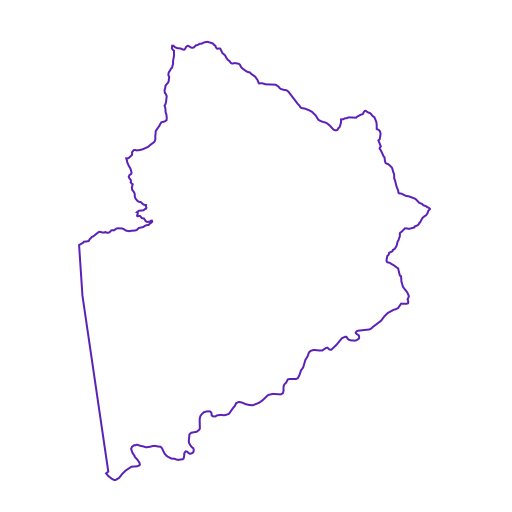 outline of Pangkhar, Shemgang, Bhutan, rotated 87°
{"feature_id": "84629894B98879002213822", "entity_name": "Pangkhar", "entity_type": "district", "adm_level": 2, "iso_a3": "BTN", "parent_name": "Bhutan", "parent_adm1": "Shemgang", "projection": "mercator", "projection_center": [90.778, 26.9], "detail": "fine", "context": "isolated", "style": "outline", "palette": "violet", "viewbox_px": 512, "rotation_deg": 87, "n_neighbors": 0, "source": "geoboundaries", "source_scale": "gbopen_adm2", "svg_char_len": 6047}
<svg xmlns="http://www.w3.org/2000/svg" viewBox="0 0 512 512"><g transform="rotate(87 256 256)"><path d="M311.2,106.7L310.3,106.4L309.0,106.4L307.2,106.9L305.2,105.8L304.2,105.5L303.0,105.7L302.4,106.1L300.5,106.7L294.8,110.7L293.8,111.0L289.2,112.1L284.1,112.2L283.5,112.5L283.2,113.2L282.0,113.6L275.9,114.7L272.0,119.5L271.6,120.4L269.8,122.8L269.2,125.0L268.7,125.6L267.9,125.9L266.6,125.8L263.7,125.1L262.8,124.8L261.6,123.4L259.7,122.8L258.4,119.5L257.1,119.0L256.7,118.0L255.8,116.8L253.0,115.0L248.9,113.8L247.9,113.0L243.7,111.3L241.2,111.2L240.3,110.8L239.3,109.2L236.2,105.8L236.3,104.2L236.9,101.7L235.8,96.4L234.9,96.1L233.8,93.0L232.3,91.4L231.4,91.1L231.3,90.6L226.9,87.9L225.4,86.1L224.2,84.0L223.6,83.5L222.3,82.5L220.0,81.6L218.3,79.9L217.8,79.9L216.6,81.4L216.2,82.6L215.4,83.2L214.0,86.4L212.8,87.3L211.4,90.2L207.3,93.8L204.5,100.0L203.8,103.2L201.3,107.6L200.9,109.9L200.3,110.4L198.2,110.6L194.0,112.0L187.4,113.3L185.9,113.9L181.4,113.8L179.2,114.6L175.9,115.3L174.7,115.8L172.7,117.5L171.1,119.3L170.6,120.8L169.8,121.8L167.5,122.3L164.2,122.5L163.3,123.3L157.0,125.8L155.4,126.9L154.3,126.7L153.2,125.6L147.0,127.7L145.8,126.3L140.5,125.2L138.2,125.6L137.5,126.0L136.5,126.9L135.5,128.8L131.0,128.6L128.5,128.8L123.6,130.5L123.0,131.5L121.3,133.0L120.1,133.7L119.1,134.9L118.7,136.3L116.7,139.0L116.8,139.6L117.5,140.5L119.9,142.0L120.3,143.7L122.1,147.6L123.1,148.8L122.4,156.4L123.1,158.2L123.3,160.4L124.1,161.9L124.0,163.9L126.9,164.1L130.9,165.4L131.8,165.9L132.6,167.0L134.2,168.0L134.6,168.7L134.7,169.9L134.2,171.4L133.7,172.1L129.5,175.6L127.3,178.0L126.5,179.4L125.1,183.4L123.9,185.6L123.1,186.7L118.8,189.0L114.9,192.6L113.6,194.7L111.4,199.3L110.6,202.9L109.6,204.0L108.1,204.7L106.9,205.9L93.8,214.9L92.6,216.1L92.0,217.1L91.7,219.0L90.5,222.5L89.6,223.6L88.4,224.3L86.2,227.0L85.9,228.1L85.0,237.7L84.0,240.1L83.7,242.6L83.9,243.8L83.1,244.4L80.7,245.1L76.9,247.4L73.9,251.2L72.3,252.6L71.9,254.4L71.0,256.0L68.0,259.8L66.7,260.9L64.2,262.0L63.1,263.2L62.2,267.2L62.6,269.2L62.4,270.2L61.7,271.2L60.2,272.0L58.6,273.9L57.0,275.0L54.0,276.4L51.5,279.0L47.1,280.8L46.8,281.9L47.0,283.6L46.8,284.2L45.4,285.2L43.9,285.6L42.7,287.1L42.0,287.4L41.5,288.1L39.6,293.0L39.7,294.9L40.2,297.3L41.1,299.1L41.1,301.1L42.3,303.4L42.5,304.9L44.4,307.1L44.7,308.1L44.6,309.6L42.8,312.3L42.5,313.4L43.5,314.8L45.7,316.2L46.2,316.9L46.1,317.8L44.8,320.5L44.3,323.9L43.2,326.0L41.6,327.6L41.6,328.7L44.3,329.1L46.2,327.9L46.6,327.2L51.2,327.3L57.3,328.7L59.5,328.7L63.5,330.0L64.6,331.2L66.1,332.0L68.0,333.5L70.6,334.1L72.5,333.3L77.0,334.1L78.3,334.8L81.0,337.4L83.6,337.9L85.7,338.7L88.5,338.5L88.9,337.9L91.7,336.8L97.7,337.8L99.9,338.6L100.9,339.4L104.5,338.7L106.9,338.8L109.0,338.5L109.7,338.1L113.4,337.9L115.6,338.2L116.8,339.9L117.5,343.5L119.8,345.1L120.7,345.5L125.8,349.5L131.1,350.3L133.9,350.4L136.1,351.1L137.1,352.0L139.0,355.0L141.4,358.1L143.6,363.9L144.2,367.2L144.3,369.8L143.8,370.9L143.9,372.6L145.8,374.3L148.5,374.5L149.0,375.0L151.3,377.8L151.7,378.6L151.7,380.5L153.7,379.9L155.6,379.7L159.1,378.4L162.2,376.8L166.0,375.9L167.5,376.3L168.6,378.1L170.0,378.9L171.0,378.8L173.7,377.0L175.0,377.0L175.9,377.3L177.2,376.3L177.9,375.4L180.7,376.3L182.4,376.3L183.6,376.1L185.4,374.8L187.4,373.9L190.5,373.9L192.2,373.4L194.9,371.4L195.7,370.1L196.2,368.2L198.5,366.0L198.9,365.3L199.4,363.1L200.5,363.4L202.2,362.9L203.0,363.4L203.4,364.7L204.0,365.2L204.5,366.1L204.7,370.6L206.1,372.7L206.6,371.9L207.5,371.8L209.6,372.7L210.1,372.2L209.9,370.7L210.1,369.6L212.2,368.1L212.7,365.9L215.5,364.3L216.2,363.1L216.3,362.5L216.1,360.3L215.2,358.9L215.2,358.1L216.2,357.8L217.3,358.9L218.3,360.6L219.4,361.6L219.5,363.7L220.0,365.1L221.2,367.2L221.9,371.6L223.8,373.8L224.2,375.3L224.3,379.5L224.6,381.4L223.8,384.6L222.0,387.0L221.4,388.8L221.1,393.1L221.5,394.3L223.0,396.5L222.7,397.7L222.9,399.2L224.6,401.0L224.9,401.7L225.0,402.8L224.8,404.3L224.1,405.2L224.6,406.0L224.6,407.8L223.8,410.1L223.7,411.5L224.6,413.0L227.9,417.5L228.2,418.7L229.0,419.7L229.7,420.1L230.2,421.0L232.3,422.4L232.7,425.1L232.7,427.0L233.7,428.0L235.8,432.1L286.3,431.4L463.6,414.8L465.2,417.1L467.7,415.3L470.9,411.7L472.4,409.1L472.2,407.6L470.4,404.3L466.3,400.7L463.3,397.2L460.4,392.2L459.9,391.4L459.8,385.8L458.9,383.2L458.2,382.9L456.6,383.1L453.5,384.9L450.0,387.7L449.1,387.8L446.3,389.6L442.1,390.8L440.0,389.8L438.5,387.3L438.7,386.4L438.3,385.4L438.3,384.2L439.3,382.1L440.2,378.8L441.3,375.7L440.9,371.3L440.4,369.4L440.3,366.7L441.2,363.6L441.3,361.8L442.0,360.8L443.0,360.0L448.9,357.5L449.3,356.9L450.4,356.3L452.0,354.3L454.0,350.8L454.1,348.5L455.3,345.5L455.6,344.0L455.3,342.7L455.2,339.9L454.5,338.9L451.5,338.1L449.4,338.0L447.4,336.5L447.8,335.0L449.1,333.8L450.1,332.3L449.6,330.2L448.5,328.8L446.9,328.3L444.8,328.6L443.4,330.2L441.7,331.4L439.0,332.7L437.1,332.8L430.6,331.8L429.1,329.9L428.4,324.4L426.5,321.7L425.3,321.1L416.3,320.8L414.4,320.4L412.6,319.7L411.1,318.4L409.3,316.3L408.6,313.2L408.7,310.7L409.0,309.8L410.4,308.7L412.9,308.6L413.9,307.4L414.1,305.0L413.1,303.2L412.8,299.1L413.3,296.9L413.3,295.3L412.4,291.7L412.0,291.1L406.5,286.8L404.8,285.1L401.9,283.5L401.1,281.5L400.9,280.5L401.3,278.8L401.8,277.2L403.3,274.4L404.4,270.7L404.9,267.1L402.8,260.8L400.6,257.2L395.8,251.6L395.3,250.6L394.6,246.2L395.5,238.5L394.4,236.3L391.8,235.5L389.3,235.5L387.4,235.2L385.7,234.4L383.9,232.4L381.2,230.9L380.8,230.4L380.6,228.8L380.9,222.4L380.3,220.7L377.5,219.0L372.5,217.0L369.7,214.7L362.3,212.1L359.8,210.3L357.4,209.0L355.9,208.6L354.5,207.6L353.6,206.3L352.8,203.2L353.7,197.6L353.7,195.6L353.9,194.9L351.7,191.3L351.3,190.0L351.3,189.4L353.1,187.7L353.5,186.6L353.5,185.6L348.8,180.2L342.6,174.5L341.3,171.1L341.5,169.9L343.7,168.6L344.5,167.6L345.2,165.7L345.7,162.0L345.4,160.1L343.9,157.6L342.7,157.2L340.6,157.5L339.0,159.7L338.1,160.4L337.6,160.4L336.2,159.1L335.9,157.3L335.3,146.6L334.5,144.8L332.8,142.8L327.3,134.6L322.9,130.9L319.8,127.4L316.8,121.1L316.6,119.5L315.4,116.8L311.2,113.6L311.6,108.6L311.2,106.7Z" fill="none" stroke="#5b21b6" stroke-width="2"/></g></svg>